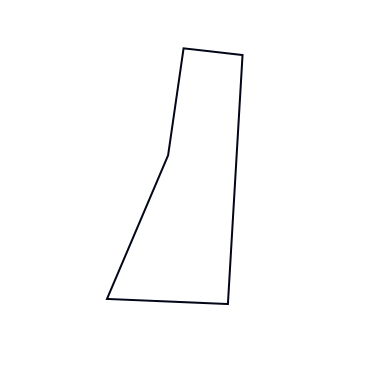 Qina City, Qina, Egypt (orthographic projection), rotated 41°
{"feature_id": "37247803B94417968817411", "entity_name": "Qina City", "entity_type": "district", "adm_level": 2, "iso_a3": "EGY", "parent_name": "Egypt", "parent_adm1": "Qina", "projection": "orthographic", "projection_center": [32.757, 26.178], "detail": "fine", "context": "isolated", "style": "outline", "palette": "ink", "viewbox_px": 384, "rotation_deg": 41, "n_neighbors": 0, "source": "geoboundaries", "source_scale": "gbopen_adm2", "svg_char_len": 234}
<svg xmlns="http://www.w3.org/2000/svg" viewBox="0 0 384 384"><g transform="rotate(41 192 192)"><path d="M292.6,253.0L140.3,55.5L91.4,89.1L149.9,180.0L198.0,328.5L292.6,253.0Z" fill="none" stroke="#020617" stroke-width="2"/></g></svg>